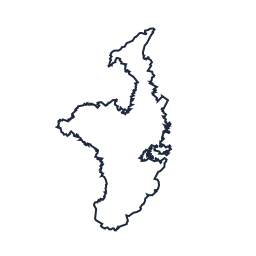 Panchagarh, Rangpur, Bangladesh, rotated 36°
{"feature_id": "16705992B66536058617583", "entity_name": "Panchagarh", "entity_type": "district", "adm_level": 2, "iso_a3": "BGD", "parent_name": "Bangladesh", "parent_adm1": "Rangpur", "projection": "natural_earth1", "projection_center": [88.58, 26.32], "detail": "fine", "context": "isolated", "style": "outline", "palette": "slate", "viewbox_px": 256, "rotation_deg": 36, "n_neighbors": 0, "source": "geoboundaries", "source_scale": "gbopen_adm2", "svg_char_len": 5884}
<svg xmlns="http://www.w3.org/2000/svg" viewBox="0 0 256 256"><g transform="rotate(36 128 128)"><path d="M172.4,221.0L173.7,220.2L174.8,217.9L175.9,217.6L177.3,218.6L178.4,217.9L178.1,214.4L179.0,215.1L179.3,212.6L183.4,206.5L182.6,205.0L182.5,203.2L178.1,199.7L180.5,198.7L182.3,193.2L184.3,191.1L186.2,187.5L186.0,185.7L184.6,185.1L184.6,181.1L185.3,180.5L184.8,177.6L183.5,174.9L184.2,171.4L182.7,170.5L184.4,170.2L187.2,167.9L188.2,162.7L186.6,163.1L186.3,162.5L187.9,161.0L188.1,159.6L186.7,156.0L184.2,153.3L182.2,152.5L179.4,153.6L178.2,145.9L179.5,143.6L180.3,138.1L178.2,134.8L178.5,132.9L177.8,130.9L175.3,130.8L173.8,135.4L175.0,136.1L174.9,137.0L171.0,135.8L171.2,136.8L170.7,137.4L170.2,137.1L170.5,136.3L168.5,136.2L169.5,138.3L169.0,139.3L162.4,140.4L161.6,143.5L161.0,144.3L160.0,144.0L160.0,145.3L158.3,146.6L157.9,144.9L155.0,145.5L155.5,144.1L156.4,144.2L156.5,143.1L156.4,142.6L155.2,142.4L155.8,140.0L154.8,138.7L154.9,137.4L155.8,137.3L155.4,135.0L156.9,134.6L159.9,137.1L160.2,137.9L158.8,138.0L160.0,139.6L160.4,138.6L162.3,139.4L165.9,137.5L164.2,136.4L163.4,136.5L164.2,136.6L163.6,137.3L161.5,137.0L162.2,136.7L161.8,135.5L159.6,135.6L159.1,134.6L159.6,133.7L158.5,133.7L158.0,132.8L158.1,131.7L159.2,131.5L159.1,130.3L157.9,129.7L157.2,130.7L157.2,128.0L160.9,127.1L161.2,125.3L162.4,125.4L162.7,126.3L160.9,127.0L161.6,127.5L161.2,128.5L161.8,129.8L162.6,129.7L162.8,130.4L167.3,128.6L168.3,129.3L168.3,130.4L171.4,128.5L171.2,126.9L175.2,127.3L175.8,124.4L172.0,125.4L172.6,123.8L174.6,122.4L174.2,120.7L174.7,120.9L175.1,119.8L172.7,119.1L173.0,117.9L171.9,117.7L171.8,118.8L172.6,119.5L171.0,119.5L170.1,121.5L166.7,120.8L166.0,123.6L164.7,124.2L164.2,123.6L163.9,122.3L164.5,121.4L163.1,121.6L162.0,119.9L162.8,119.5L163.1,116.8L161.9,116.9L161.3,115.9L162.5,115.3L160.7,114.7L159.8,111.4L160.1,110.1L158.8,110.4L158.7,109.7L159.2,109.1L164.0,108.0L164.1,107.2L163.2,106.7L160.3,107.7L160.4,106.2L159.9,106.3L160.6,104.9L158.0,105.7L157.9,105.0L156.0,104.4L157.6,104.0L157.4,103.4L158.2,103.1L160.3,103.4L160.1,101.8L159.3,101.4L159.9,101.2L159.4,101.0L159.9,99.8L158.5,99.5L158.9,101.3L158.3,100.1L157.9,101.3L155.3,101.5L155.3,100.8L154.1,100.7L153.5,98.7L151.0,98.9L149.4,98.0L151.1,97.1L150.8,94.7L147.9,94.7L147.1,93.9L146.0,94.1L145.9,93.1L144.2,93.1L144.1,92.0L145.4,91.2L144.0,82.0L136.7,82.1L137.2,82.6L136.3,88.9L135.8,88.1L134.3,88.4L133.9,86.7L128.1,86.3L127.6,85.8L128.8,85.7L127.9,84.1L128.7,83.2L127.6,83.4L128.2,81.6L126.6,81.8L127.3,80.9L126.2,80.7L127.2,77.9L119.6,78.9L119.9,78.0L119.1,77.9L120.0,77.5L118.7,77.3L119.2,75.8L117.7,72.9L118.7,71.4L118.4,70.0L116.4,70.0L114.4,68.3L110.4,70.1L110.1,64.0L108.6,63.8L108.8,60.8L106.4,59.7L103.5,59.9L103.3,58.9L102.6,58.9L102.5,61.0L101.6,61.4L102.0,62.0L99.9,62.5L98.7,61.3L98.6,59.9L97.1,59.8L95.6,58.0L93.1,51.6L93.4,48.1L92.0,39.1L92.3,36.2L91.4,36.0L91.5,32.7L90.1,32.5L87.3,34.9L86.8,36.8L84.6,39.2L85.3,40.5L87.3,41.0L87.3,41.7L82.6,43.4L81.6,44.6L81.1,49.2L80.2,50.3L80.4,54.8L77.0,60.3L77.5,64.1L75.6,66.2L75.8,68.4L74.8,71.0L71.5,73.4L70.6,75.3L70.3,77.9L71.1,78.9L71.0,79.7L72.7,79.8L72.7,82.7L74.3,82.9L74.6,85.4L75.9,88.1L75.6,89.1L76.3,89.4L76.8,87.7L78.0,86.9L77.3,86.4L77.7,84.1L79.1,82.1L78.1,81.1L77.7,77.9L80.4,76.8L81.2,76.8L81.5,78.1L84.2,78.5L84.6,79.7L89.0,77.6L89.0,79.2L89.9,79.5L90.3,80.9L91.6,82.6L92.4,82.6L92.6,83.6L93.4,83.6L93.5,81.6L94.9,81.5L95.4,82.3L96.2,81.7L96.3,83.0L97.1,83.6L102.4,83.4L109.2,85.3L107.6,87.7L109.5,88.3L109.6,89.9L110.6,90.3L110.7,91.4L112.0,92.4L111.9,93.5L110.4,93.9L110.4,94.7L112.5,95.9L111.5,96.9L111.4,98.0L113.6,98.4L111.9,100.8L113.0,101.3L113.7,102.8L115.2,101.5L115.4,103.4L114.2,104.0L116.3,107.5L117.8,106.7L116.2,110.6L117.3,112.6L119.1,111.2L118.6,113.7L116.8,114.3L117.1,115.1L118.8,115.4L117.4,116.9L117.6,118.4L115.3,118.1L115.5,118.8L114.4,119.3L113.9,119.0L114.9,115.1L114.4,114.8L113.9,115.8L112.2,116.2L110.0,115.8L110.9,118.5L110.0,119.2L108.8,119.0L107.2,117.7L107.2,116.5L103.7,116.7L102.2,114.5L102.9,112.9L102.2,112.4L102.3,110.8L101.9,112.2L99.4,114.3L98.5,118.0L97.6,118.8L98.0,119.1L97.0,121.4L97.5,121.6L96.7,123.2L91.2,122.8L88.8,125.0L88.6,125.6L89.7,125.7L89.5,126.9L91.6,126.7L91.5,129.5L87.3,128.9L85.2,130.2L84.8,129.5L83.5,130.5L83.5,131.5L82.5,131.2L82.3,132.3L80.9,132.4L81.3,132.8L80.9,133.3L80.5,132.3L79.7,134.3L78.5,134.1L78.5,135.9L74.9,139.8L75.5,141.5L74.8,142.0L74.6,143.7L75.5,144.0L74.9,144.7L75.4,145.1L74.6,149.2L76.1,150.0L75.0,150.1L75.4,150.7L77.4,151.5L77.2,152.5L76.1,152.9L76.5,154.7L75.3,155.3L75.9,156.4L74.9,156.7L75.4,157.9L70.3,159.4L70.3,160.7L68.2,161.4L68.9,162.6L67.8,163.2L68.2,164.2L69.6,165.2L69.9,166.7L70.9,167.2L70.0,169.0L72.7,168.4L73.4,167.7L76.7,170.5L78.2,170.1L80.1,171.0L81.6,169.3L83.6,170.0L84.5,167.2L83.9,166.8L84.0,164.2L87.9,164.7L88.8,166.1L89.7,166.0L91.6,165.2L90.3,164.7L90.2,163.3L92.0,163.3L93.0,164.3L95.7,164.1L96.5,164.9L96.1,165.9L97.5,164.9L99.9,165.8L100.7,165.0L102.0,165.2L102.7,165.4L102.2,166.5L102.8,166.7L104.4,166.4L104.6,165.1L106.2,165.3L105.0,164.1L107.3,163.4L108.7,164.0L113.9,163.7L113.5,164.1L115.2,164.7L116.2,164.1L116.3,165.0L117.2,164.3L118.1,166.5L117.8,167.6L118.5,170.5L120.7,169.8L121.6,171.1L122.5,170.7L122.3,169.4L125.1,167.9L125.1,169.3L124.2,170.2L125.3,171.3L127.2,170.7L127.8,172.8L129.0,172.1L129.1,173.1L128.0,173.5L128.0,175.0L129.6,175.4L129.8,177.7L130.4,177.1L131.3,179.9L132.6,179.3L133.6,180.3L134.5,179.7L134.7,182.4L135.1,181.8L137.4,181.6L140.2,182.8L143.8,185.7L143.6,187.0L145.1,188.6L145.2,189.9L147.9,192.6L146.9,193.7L148.6,194.2L148.8,197.4L149.7,197.4L150.0,200.3L149.6,201.0L149.3,200.5L149.0,201.2L147.5,201.4L147.8,202.8L146.8,203.3L147.8,204.0L146.7,204.7L147.0,206.1L145.7,206.7L145.0,208.4L145.8,210.4L149.9,212.3L154.6,220.6L156.4,221.5L163.5,220.7L163.6,223.1L165.0,223.5L168.5,222.9L168.6,222.0L170.0,220.5L172.4,221.0Z" fill="none" stroke="#1e293b" stroke-width="2"/></g></svg>